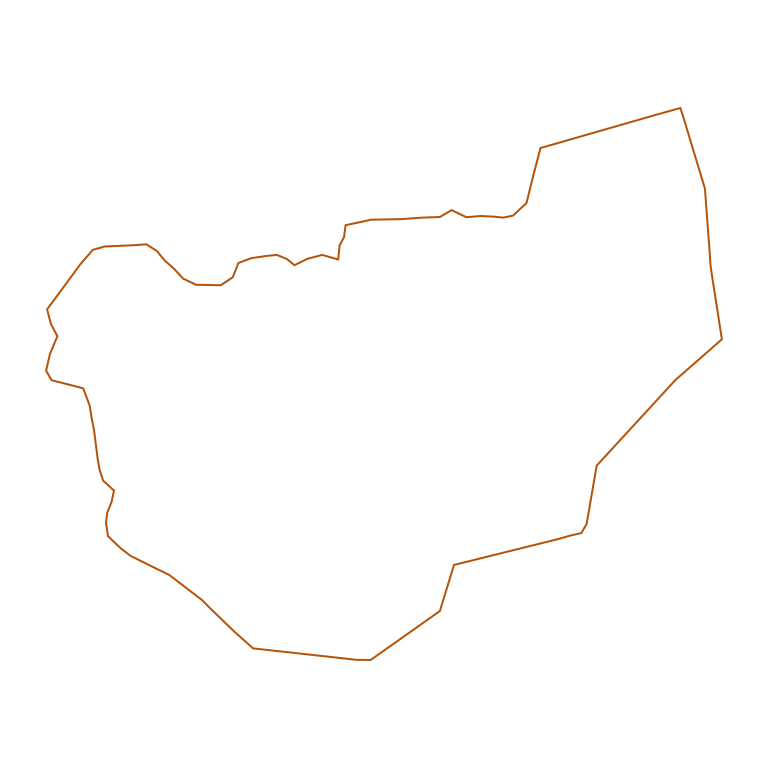 outline of Bocaina, Piauí, Brazil
{"feature_id": "56859067B26785304367831", "entity_name": "Bocaina", "entity_type": "district", "adm_level": 2, "iso_a3": "BRA", "parent_name": "Brazil", "parent_adm1": "Piauí", "projection": "mercator", "projection_center": [-41.325, -6.904], "detail": "fine", "context": "isolated", "style": "outline", "palette": "amber", "viewbox_px": 768, "rotation_deg": 0, "n_neighbors": 0, "source": "geoboundaries", "source_scale": "gbopen_adm2", "svg_char_len": 1133}
<svg xmlns="http://www.w3.org/2000/svg" viewBox="0 0 768 768"><path d="M370.6,660.0L439.9,611.0L454.0,564.9L530.6,545.9L543.6,542.7L559.1,538.8L570.2,535.6L581.3,533.1L586.6,524.0L596.7,465.6L675.4,380.0L721.9,339.3L712.5,279.1L710.6,266.0L709.4,248.5L704.9,188.5L683.8,118.7L680.3,108.0L654.9,115.1L628.2,122.8L540.5,148.0L532.7,177.8L526.5,203.0L513.0,215.6L503.4,217.6L493.1,216.6L480.6,216.0L466.3,217.2L451.5,210.1L439.9,217.0L422.4,217.6L401.7,219.1L371.2,219.7L345.6,225.2L344.1,236.9L339.6,245.5L338.2,259.5L322.2,254.9L307.2,258.9L294.5,265.2L287.0,259.1L276.9,254.9L266.9,255.9L251.5,258.1L238.4,263.0L232.8,277.2L220.8,285.2L196.2,284.8L183.2,278.7L173.8,268.5L165.2,261.0L156.6,250.8L146.3,244.3L132.2,245.3L104.7,246.5L92.9,249.8L80.4,264.2L47.1,309.4L51.0,324.2L57.4,336.2L50.0,353.9L46.1,370.6L51.5,380.2L83.2,388.3L89.6,405.4L91.6,417.6L94.1,430.6L97.6,458.5L99.6,469.9L103.1,480.6L114.0,490.6L111.5,502.2L107.2,512.8L106.0,522.7L108.0,536.2L121.3,548.8L130.6,555.9L156.8,568.9L169.3,575.0L201.7,599.8L211.9,610.0L234.3,631.6L253.1,648.4L356.2,659.8L370.6,660.0Z" fill="none" stroke="#b45309" stroke-width="2"/></svg>